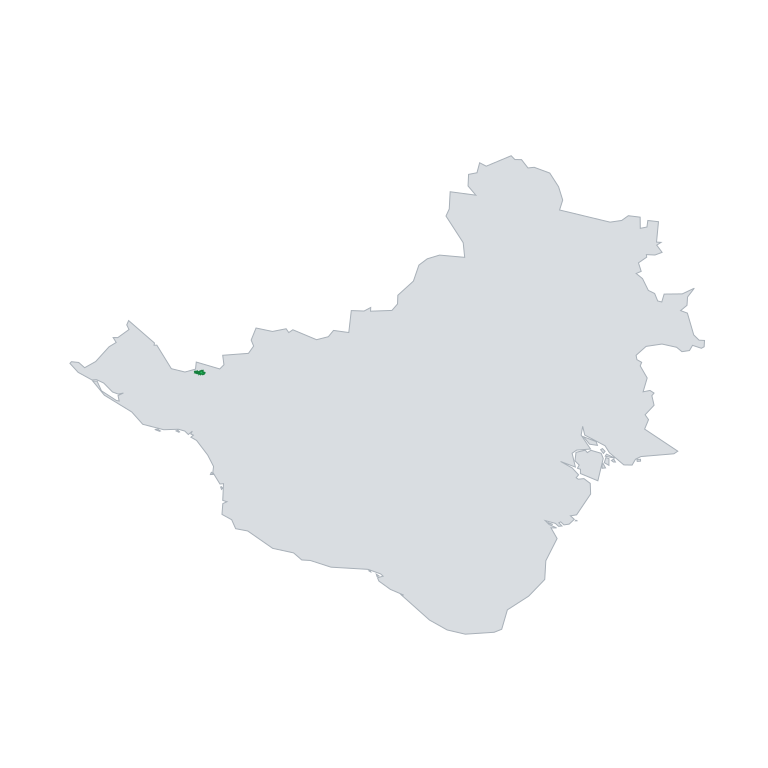 Céu Azul, Paraná, Brazil shown in context, rotated 96°
{"feature_id": "56859067B11334250771676", "entity_name": "Céu Azul", "entity_type": "district", "adm_level": 2, "iso_a3": "BRA", "parent_name": "Brazil", "parent_adm1": "Paraná", "projection": "equal_earth", "projection_center": [-53.75, -25.288], "detail": "fine", "context": "in_parent", "style": "filled", "palette": "green", "viewbox_px": 768, "rotation_deg": 96, "n_neighbors": 0, "source": "geoboundaries", "source_scale": "gbopen_adm2", "svg_char_len": 5667}
<svg xmlns="http://www.w3.org/2000/svg" viewBox="0 0 768 768"><g transform="rotate(96 384 384)"><path d="M230.4,136.0L236.9,143.6L245.1,140.0L247.7,144.8L252.2,137.9L263.3,130.9L265.7,124.3L272.8,120.5L273.4,116.3L265.3,114.8L263.2,96.8L256.3,85.4L265.7,91.2L274.1,90.9L280.0,96.7L281.8,89.7L302.8,81.1L307.5,75.2L307.2,69.8L313.5,69.5L315.3,72.1L313.3,81.2L318.8,83.7L320.7,91.1L316.9,96.8L315.2,111.7L319.2,127.3L329.1,136.3L333.4,135.0L335.5,130.0L339.2,131.1L350.5,122.9L364.7,125.5L362.6,118.8L364.8,114.5L367.6,116.4L376.9,113.2L387.3,121.1L391.8,117.2L401.6,120.1L420.1,84.8L423.1,88.4L429.3,120.9L432.5,126.0L438.7,128.8L439.4,137.0L428.8,152.6L422.3,157.7L413.8,179.0L405.3,182.0L414.2,182.6L427.1,171.8L429.6,185.5L433.2,189.7L446.6,185.0L442.6,200.3L447.8,188.1L454.0,181.0L457.1,183.1L458.4,180.9L457.2,175.3L461.3,168.5L471.8,167.0L494.0,178.8L495.6,184.8L498.7,180.6L504.0,185.2L505.3,190.3L502.6,193.9L503.8,195.6L506.6,192.2L507.3,195.5L504.7,199.0L503.0,209.4L506.5,205.1L509.1,197.3L509.6,202.9L519.6,195.7L542.9,204.6L561.6,203.7L579.8,217.9L595.7,237.7L615.6,241.3L619.4,248.5L624.3,277.0L622.0,295.5L614.0,314.1L591.9,344.8L591.9,342.3L587.6,356.2L580.6,368.4L577.4,370.2L575.2,364.8L573.2,367.5L570.0,380.5L571.7,417.6L567.2,438.9L567.6,447.4L561.4,456.3L559.1,477.5L544.4,504.2L543.4,516.4L534.9,521.3L530.6,531.5L519.8,531.8L517.5,527.9L516.6,532.2L499.9,533.2L500.6,536.7L489.8,545.0L483.8,544.9L473.1,551.9L459.7,564.5L457.1,570.5L454.8,568.2L453.9,570.9L450.9,569.7L454.7,573.3L451.6,577.2L450.5,583.8L452.5,598.3L449.3,619.7L438.2,631.9L424.4,660.9L411.5,674.0L411.2,669.6L420.3,664.3L428.4,648.4L428.6,645.6L423.3,647.3L420.2,642.2L421.8,647.3L420.3,653.2L412.3,662.9L409.7,670.5L410.5,674.8L404.4,689.4L396.3,698.5L394.5,697.2L394.5,689.9L399.1,683.4L391.8,673.1L375.7,661.3L370.7,654.7L366.1,658.2L365.7,653.6L356.5,643.3L352.1,646.0L347.6,644.6L367.2,616.6L369.5,616.7L369.1,614.0L391.0,597.1L392.9,583.2L388.9,573.0L381.8,573.0L386.2,548.9L381.6,545.2L372.3,547.4L367.7,522.0L359.9,517.6L354.2,520.7L341.7,517.1L343.4,500.4L339.3,487.1L342.8,484.1L339.6,480.3L347.0,455.7L342.8,444.3L336.0,439.8L336.5,424.4L314.4,424.2L313.5,411.4L309.3,405.2L313.0,405.0L310.0,383.8L303.0,378.9L294.3,379.5L278.6,365.5L262.1,361.7L255.0,354.1L250.0,342.2L249.6,317.0L235.2,320.0L210.5,339.9L203.1,337.4L185.9,338.3L186.6,312.4L178.3,321.1L166.7,321.8L164.2,313.6L154.0,312.0L156.7,305.1L143.7,281.4L147.1,277.3L146.5,270.7L154.1,263.4L152.8,257.3L156.9,241.2L169.6,231.0L182.4,225.5L192.6,227.6L199.4,176.1L196.5,164.7L191.1,158.6L191.3,146.7L202.4,145.4L200.4,138.9L193.8,138.7L193.9,128.0L214.4,127.8L214.2,123.3L217.4,127.3L224.0,121.2L227.4,128.0L227.9,136.6L230.4,136.0ZM435.1,158.2L457.9,161.2L452.5,179.3L448.3,179.7L447.6,182.8L444.2,181.4L440.5,186.0L431.9,185.9L428.8,176.9L431.0,174.6L428.3,171.3L430.2,160.8L435.1,158.2ZM415.6,180.1L419.1,167.1L422.7,165.3L422.4,173.2L415.6,180.1ZM441.4,151.8L439.2,156.7L434.0,155.6L434.8,152.4L441.4,151.8ZM433.6,146.5L432.7,156.4L430.5,155.4L433.6,146.5ZM445.0,158.2L441.7,158.7L440.2,157.8L444.3,154.9L445.0,158.2ZM430.1,158.5L426.7,161.7L425.4,160.0L427.8,157.1L430.1,158.5ZM436.3,149.8L434.7,147.7L437.4,145.7L437.6,147.6L436.3,149.8ZM434.5,124.1L432.5,124.6L432.1,121.0L433.9,120.8L434.5,124.1ZM453.2,607.2L452.6,604.2L454.1,601.5L454.5,602.3L453.2,607.2ZM491.7,543.8L492.2,547.2L489.9,546.5L491.7,543.8ZM452.4,585.9L451.5,584.2L453.0,582.3L453.4,583.1L452.4,585.9ZM506.0,202.9L504.6,206.7L506.0,201.4L506.0,202.9ZM576.2,370.8L573.9,371.8L575.4,369.0L576.2,370.8ZM505.8,534.6L503.5,535.7L503.1,535.0L504.5,533.5L505.8,534.6ZM572.3,377.5L571.4,379.5L570.9,378.2L572.3,377.5ZM499.9,177.3L500.1,179.4L499.4,179.0L499.9,177.3Z" fill="#d9dde1" stroke="#a8b0b8" stroke-width="1"/><path d="M392.8,571.9L392.8,571.7L392.7,571.6L392.5,571.4L392.6,571.2L392.8,571.1L392.7,571.1L392.8,571.0L392.8,570.9L392.7,570.9L392.8,570.8L392.8,570.7L392.9,570.4L392.8,570.2L392.7,570.1L392.8,570.1L392.9,569.9L392.8,569.7L392.9,569.8L393.0,569.9L393.0,569.7L393.1,569.4L393.2,569.2L393.2,568.9L393.3,568.9L393.2,568.8L393.1,568.7L393.3,568.6L393.2,568.5L393.2,568.4L393.3,568.3L393.3,568.2L393.2,568.2L393.2,567.9L393.2,568.0L393.2,567.9L393.3,567.8L393.3,567.7L393.2,567.7L393.3,567.6L393.2,567.6L393.2,567.4L393.1,567.2L393.1,566.9L393.1,566.7L393.1,566.4L393.1,566.2L393.1,565.9L393.2,565.7L393.3,565.7L393.4,565.4L393.5,565.2L393.4,565.1L393.3,564.9L393.2,564.7L393.0,564.4L393.0,564.2L392.9,564.2L392.7,564.1L392.4,564.0L392.3,563.9L392.2,563.9L392.0,563.7L391.9,563.7L391.8,563.4L391.7,563.4L391.7,563.5L391.4,563.5L391.2,564.8L391.2,565.4L390.7,565.5L389.8,565.5L389.6,565.5L389.7,565.8L389.7,566.0L389.7,566.3L389.6,566.5L389.8,566.8L389.9,566.7L390.0,566.8L390.1,567.0L390.2,567.3L390.2,567.5L390.3,567.6L390.2,567.6L390.2,567.8L390.3,567.9L390.2,567.9L390.2,568.0L390.6,568.5L390.9,568.6L391.1,568.7L391.3,568.7L391.4,568.8L391.5,568.9L391.4,569.0L391.5,569.1L391.7,569.3L391.6,569.2L391.5,569.3L391.5,569.5L391.4,569.7L391.3,569.8L391.3,570.0L391.5,570.0L391.4,570.1L391.2,570.2L391.2,570.3L391.3,570.4L391.4,570.5L391.2,570.6L391.3,570.6L391.4,570.8L391.2,570.9L391.3,571.0L391.2,571.3L391.3,571.3L391.3,571.5L391.2,571.5L391.3,571.6L391.2,571.7L391.3,571.8L391.4,571.7L391.4,571.8L391.5,571.8L391.5,572.0L391.4,572.2L391.4,572.3L391.3,572.2L391.3,572.3L391.4,572.5L391.4,572.8L391.3,573.0L391.2,573.0L391.2,573.3L391.3,573.4L391.4,573.5L391.5,573.4L391.6,573.2L391.6,572.9L391.7,572.7L391.8,572.6L392.0,572.7L392.0,572.8L392.2,573.0L392.3,573.1L392.5,573.2L392.5,572.8L392.4,572.7L392.4,572.4L392.5,572.4L392.6,572.2L392.7,571.9L392.8,571.9Z" fill="#22c55e" stroke="#15803d" stroke-width="1.5"/></g></svg>